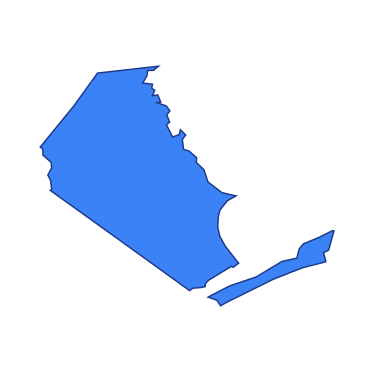 Nueces, Texas, United States of America, rotated 36°
{"feature_id": "52423323B60755765681698", "entity_name": "Nueces", "entity_type": "district", "adm_level": 2, "iso_a3": "USA", "parent_name": "United States of America", "parent_adm1": "Texas", "projection": "albers", "projection_center": [-97.486, 27.777], "detail": "fine", "context": "isolated", "style": "filled", "palette": "blue", "viewbox_px": 384, "rotation_deg": 36, "n_neighbors": 0, "source": "geoboundaries", "source_scale": "gbopen_adm2", "svg_char_len": 1148}
<svg xmlns="http://www.w3.org/2000/svg" viewBox="0 0 384 384"><g transform="rotate(36 192 192)"><path d="M42.8,244.8L46.0,244.9L49.8,249.8L60.5,250.8L64.3,255.0L65.4,263.0L70.7,265.7L77.0,272.3L76.5,274.0L165.5,273.5L248.0,273.2L249.2,269.4L255.6,263.8L258.3,260.8L257.1,259.1L256.8,256.8L257.4,253.3L267.5,229.1L269.6,228.7L271.6,222.2L250.8,216.3L240.6,211.5L233.5,205.4L227.6,196.1L225.2,189.9L225.3,188.4L225.5,183.3L225.7,178.3L229.9,169.3L216.6,174.9L199.1,174.5L188.4,166.9L178.1,165.6L175.6,161.6L165.5,160.6L160.1,162.5L153.2,155.0L153.4,149.6L146.0,148.5L148.0,153.0L143.9,158.9L131.6,152.5L132.9,148.6L126.3,144.5L126.4,139.4L120.7,137.5L111.2,140.3L113.8,137.6L107.2,133.6L103.3,137.4L102.1,131.6L98.4,131.7L96.7,128.0L88.1,132.8L87.1,124.2L84.6,119.9L89.4,116.1L90.9,110.0L45.7,151.3L45.8,192.1L42.8,244.8ZM329.7,140.0L328.3,140.8L321.6,153.7L312.6,168.5L312.2,174.9L315.7,183.9L305.6,195.2L293.8,223.1L277.8,245.6L277.7,245.8L268.9,263.2L266.9,267.6L275.6,264.9L281.9,267.3L285.4,259.9L309.1,214.7L325.7,188.6L340.9,170.3L341.2,169.6L334.1,163.8L336.7,158.7L329.7,140.0Z" fill="#3b82f6" stroke="#1e3a8a" stroke-width="1.5"/></g></svg>